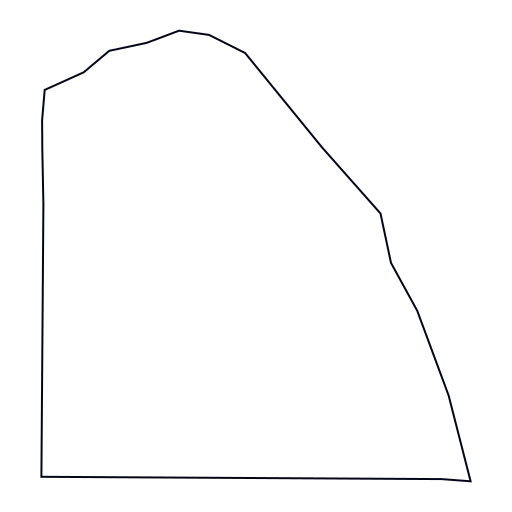 outline of Marshall, Kentucky, United States of America
{"feature_id": "52423323B97472701360775", "entity_name": "Marshall", "entity_type": "district", "adm_level": 2, "iso_a3": "USA", "parent_name": "United States of America", "parent_adm1": "Kentucky", "projection": "natural_earth1", "projection_center": [-88.333, 36.906], "detail": "fine", "context": "isolated", "style": "outline", "palette": "ink", "viewbox_px": 512, "rotation_deg": 0, "n_neighbors": 0, "source": "geoboundaries", "source_scale": "gbopen_adm2", "svg_char_len": 341}
<svg xmlns="http://www.w3.org/2000/svg" viewBox="0 0 512 512"><path d="M43.4,204.2L41.4,476.8L441.6,479.1L470.6,481.3L448.6,395.4L417.2,310.7L391.0,262.9L380.5,213.5L322.2,147.6L245.1,53.0L209.0,34.9L179.0,30.7L146.8,42.8L109.3,50.8L83.7,72.3L44.7,89.9L42.1,120.3L42.3,148.8L43.4,204.2Z" fill="none" stroke="#020617" stroke-width="2"/></svg>